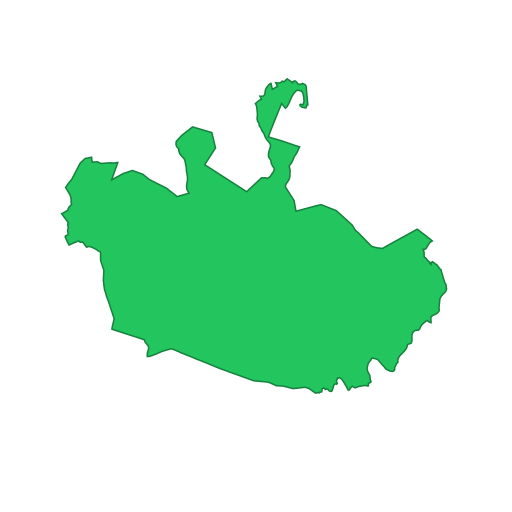 outline of Larráinzar, Chiapas, Mexico, rotated 331°
{"feature_id": "50627088B14622530050765", "entity_name": "Larráinzar", "entity_type": "district", "adm_level": 2, "iso_a3": "MEX", "parent_name": "Mexico", "parent_adm1": "Chiapas", "projection": "natural_earth1", "projection_center": [-92.767, 16.928], "detail": "fine", "context": "isolated", "style": "filled", "palette": "green", "viewbox_px": 512, "rotation_deg": 331, "n_neighbors": 0, "source": "geoboundaries", "source_scale": "gbopen_adm2", "svg_char_len": 6112}
<svg xmlns="http://www.w3.org/2000/svg" viewBox="0 0 512 512"><g transform="rotate(331 256 256)"><path d="M380.3,127.5L379.5,127.8L377.8,127.1L376.8,126.7L376.2,125.8L375.8,123.4L374.9,121.6L372.5,121.4L372.0,122.1L369.2,116.2L367.7,116.4L365.1,117.3L364.8,116.9L363.7,115.7L363.1,116.1L361.9,116.2L360.4,116.0L358.4,114.9L357.3,114.0L357.0,118.1L351.1,118.1L352.8,112.4L352.8,112.2L352.1,112.1L349.9,112.5L346.3,114.1L344.8,115.3L343.3,117.1L342.2,118.8L340.1,119.7L337.7,118.7L336.9,118.1L336.7,121.4L333.6,121.5L329.3,122.4L329.3,124.1L328.8,126.2L327.9,128.3L327.1,130.1L325.8,133.0L324.8,134.5L323.5,136.3L322.7,138.9L322.9,141.5L322.0,143.4L322.3,146.2L321.9,149.5L322.3,152.4L321.9,155.2L321.7,157.4L321.9,160.3L322.6,163.1L322.6,165.5L321.7,167.3L320.1,168.8L318.5,170.3L316.4,172.7L315.0,175.3L315.2,177.0L315.3,179.4L314.4,182.1L314.1,183.8L314.3,187.5L314.1,188.9L312.7,190.4L311.0,191.3L309.1,192.1L307.4,193.2L305.6,193.5L303.4,193.7L302.6,192.4L298.8,190.3L279.0,195.2L255.4,151.3L273.0,141.9L277.2,126.6L263.1,112.3L249.6,114.5L241.9,117.0L241.1,117.9L240.8,118.6L240.0,119.8L239.7,121.6L239.8,122.7L240.3,124.8L239.4,126.6L238.9,129.8L239.7,133.9L240.3,135.9L240.0,138.4L238.4,143.0L238.0,144.8L237.1,146.3L236.2,148.3L235.5,150.7L234.3,153.8L232.8,156.5L231.3,158.3L230.0,159.9L228.8,162.0L228.2,163.3L227.8,164.9L227.9,168.6L218.7,166.4L215.9,165.9L210.6,153.3L199.7,137.3L196.7,129.7L189.4,121.3L179.9,119.5L166.7,119.4L180.5,107.2L179.7,106.8L179.0,106.6L178.2,106.5L177.1,105.9L176.0,105.3L173.4,103.7L169.8,102.0L166.3,100.4L164.7,99.3L163.1,96.8L161.3,95.9L159.7,95.2L158.3,94.6L159.5,91.2L160.1,89.9L155.4,88.4L154.8,88.1L153.9,87.9L147.3,89.5L132.2,99.5L126.3,101.9L122.7,103.7L122.9,111.9L122.8,113.5L122.5,115.0L122.2,115.6L122.2,116.2L121.8,116.6L121.5,117.8L120.8,118.5L120.3,119.2L120.3,119.5L120.2,119.8L119.9,120.9L119.6,121.2L119.6,121.5L119.2,121.6L118.3,122.0L117.2,122.2L116.3,122.5L115.3,123.1L114.3,123.9L113.5,124.8L106.5,124.8L108.0,136.1L107.2,136.5L106.7,137.0L106.5,137.5L106.3,138.1L106.0,138.7L105.8,139.2L105.8,139.7L105.7,140.1L105.5,140.4L105.1,140.8L104.5,141.3L104.0,141.9L103.7,142.2L103.6,142.4L103.4,142.9L103.0,143.8L103.0,144.1L102.9,144.5L102.6,145.3L102.2,145.9L101.6,146.4L100.0,146.1L99.9,146.3L99.6,146.1L99.4,146.1L99.0,146.1L98.8,146.3L98.4,146.8L97.9,151.7L97.8,155.8L103.3,156.2L103.6,156.3L104.0,156.4L106.9,156.7L107.4,156.7L107.8,156.9L108.0,156.9L108.2,157.0L108.3,157.4L108.8,158.5L109.0,158.8L109.3,159.0L110.1,159.2L110.4,159.3L111.3,160.0L112.1,166.2L113.5,166.4L114.1,166.6L115.2,167.2L116.7,168.8L118.5,171.3L119.7,173.3L120.4,174.8L121.9,177.3L117.9,184.6L116.0,194.8L111.2,202.4L110.7,203.2L107.3,211.6L106.2,217.2L105.7,218.6L105.4,221.0L105.0,223.9L101.5,242.1L95.8,248.4L94.6,249.9L94.5,250.2L117.7,275.1L117.3,277.2L117.6,279.5L118.1,282.0L117.6,284.3L116.7,285.4L114.0,288.2L112.7,290.1L112.2,291.3L114.6,292.3L121.3,293.4L124.4,293.6L127.6,293.9L131.3,294.7L136.8,296.0L138.6,297.9L142.5,302.9L143.5,304.3L144.6,305.6L147.8,309.6L150.5,312.8L153.5,316.7L160.7,325.4L166.0,332.1L169.5,336.5L193.6,364.1L204.6,371.6L206.2,373.0L211.0,379.4L216.6,382.9L224.3,390.1L235.1,394.5L238.0,397.4L241.5,404.8L243.8,405.5L244.8,406.3L244.9,406.1L245.3,405.9L246.4,406.4L247.5,406.7L248.2,406.1L248.8,405.0L249.5,404.2L251.4,404.3L251.6,405.1L252.0,406.4L253.0,406.5L254.1,407.1L254.5,409.2L255.4,410.5L256.6,411.0L257.7,410.4L259.4,408.8L261.0,407.1L262.4,406.2L262.8,406.2L263.4,406.3L264.1,407.2L264.4,407.2L265.3,406.9L265.6,404.7L266.0,403.8L267.3,403.3L267.9,402.3L268.2,402.2L268.9,402.8L270.2,403.0L271.0,404.7L271.2,405.4L271.5,407.1L271.6,409.0L271.7,413.1L271.6,417.9L272.2,418.4L273.2,418.3L274.2,417.4L275.1,417.2L276.2,416.8L277.1,416.6L278.3,418.9L279.2,419.5L281.4,419.7L284.0,420.4L289.1,422.3L290.2,423.6L291.1,424.1L291.7,423.7L292.2,422.3L292.6,421.7L293.2,421.8L293.8,422.2L295.7,421.8L295.9,420.0L296.7,417.9L297.4,416.3L297.8,414.8L297.6,413.3L297.7,411.7L298.1,409.7L298.8,407.9L301.8,404.7L303.1,403.8L305.8,402.8L307.8,401.5L309.0,402.3L311.2,404.3L312.3,405.9L313.0,408.7L313.3,410.8L313.8,412.9L314.4,415.2L314.7,417.4L315.1,418.5L316.3,420.0L317.1,421.3L318.5,422.4L319.4,423.2L321.4,423.2L322.1,422.8L323.2,420.8L325.2,419.5L326.1,418.7L327.4,418.1L328.7,417.7L329.5,415.8L331.1,414.3L333.4,413.0L339.3,411.2L341.9,410.2L343.3,409.3L344.3,408.4L345.3,407.2L346.2,406.9L347.9,407.3L349.6,407.4L351.1,406.1L352.1,404.2L354.2,400.6L355.8,399.1L357.8,398.4L359.5,398.3L360.7,399.0L362.2,399.6L363.8,399.1L365.8,397.6L367.7,396.5L373.0,395.4L374.3,395.3L375.6,398.0L376.8,399.2L377.6,397.6L378.3,396.1L379.3,394.4L380.9,393.8L382.9,393.7L384.4,394.0L386.2,394.0L388.2,393.5L389.8,392.6L391.1,389.8L393.3,386.6L396.2,382.5L398.3,381.1L401.6,379.9L403.0,379.6L405.1,378.7L406.8,377.2L407.3,375.3L408.1,373.9L408.3,372.8L408.2,370.8L409.1,366.3L409.7,363.9L410.3,360.9L411.2,357.5L410.4,356.0L410.4,354.6L410.2,353.7L409.9,351.3L409.0,349.8L408.3,348.2L407.7,346.6L406.1,346.5L405.6,347.5L404.9,348.2L404.5,346.3L404.8,345.1L403.9,343.0L403.8,341.8L403.5,340.3L402.7,338.5L403.2,337.2L403.9,335.9L404.8,334.3L405.4,331.2L406.6,332.0L408.3,332.0L409.9,331.0L414.5,328.5L416.1,328.4L417.5,328.3L413.8,319.3L410.0,310.7L377.1,310.6L370.3,310.7L365.2,307.0L361.8,303.6L356.7,285.1L355.4,281.8L355.1,275.4L348.2,255.2L337.8,242.6L332.4,241.1L312.7,236.2L316.2,225.9L315.2,209.7L317.3,207.5L318.6,206.9L319.9,206.3L322.4,204.9L322.8,204.3L324.2,202.9L325.3,201.0L326.4,199.1L327.0,198.4L328.9,193.1L331.6,192.1L333.4,190.9L334.4,190.3L337.5,187.8L338.2,187.4L340.5,186.2L341.3,185.8L343.4,184.4L345.2,182.9L347.1,181.7L344.2,178.7L334.0,167.4L327.7,161.1L324.6,157.8L330.3,152.9L334.6,149.4L338.2,146.4L352.3,135.1L353.3,141.0L355.5,140.5L357.5,139.3L360.0,137.5L361.8,136.1L364.1,134.3L366.0,133.2L368.1,132.1L371.6,130.9L373.5,131.7L375.7,133.9L376.0,136.2L375.5,137.8L374.9,139.8L374.3,141.1L373.1,143.9L370.5,146.4L369.7,146.0L368.7,144.9L367.8,144.9L367.4,146.0L368.5,148.4L371.5,150.7L373.8,148.7L374.6,149.0L382.2,131.7L382.1,129.9L381.6,129.4L380.3,127.5Z" fill="#22c55e" stroke="#15803d" stroke-width="1.5"/></g></svg>